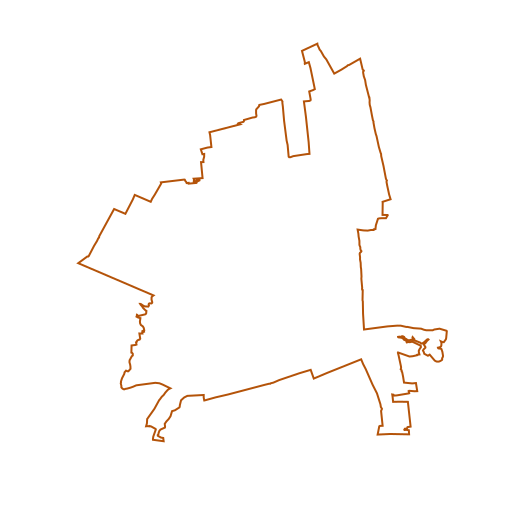 Brebeni, Olt, Romania, rotated 351°
{"feature_id": "2599482B35744106763327", "entity_name": "Brebeni", "entity_type": "district", "adm_level": 2, "iso_a3": "ROU", "parent_name": "Romania", "parent_adm1": "Olt", "projection": "natural_earth1", "projection_center": [24.489, 44.373], "detail": "fine", "context": "isolated", "style": "outline", "palette": "amber", "viewbox_px": 512, "rotation_deg": 351, "n_neighbors": 0, "source": "geoboundaries", "source_scale": "gbopen_adm2", "svg_char_len": 6133}
<svg xmlns="http://www.w3.org/2000/svg" viewBox="0 0 512 512"><g transform="rotate(351 256 256)"><path d="M351.1,443.5L348.2,451.4L360.8,452.8L379.3,456.1L379.7,452.0L377.3,451.2L375.5,451.1L375.3,450.8L376.0,449.9L377.2,450.0L378.2,449.8L378.9,448.7L382.0,448.7L383.2,423.8L375.1,422.4L368.6,421.5L368.9,416.5L368.9,414.1L370.1,414.5L370.7,415.5L373.2,415.7L385.6,415.6L385.9,415.5L385.9,415.3L385.6,413.3L386.2,413.1L391.5,414.4L394.1,414.7L394.1,406.5L390.4,406.3L382.4,404.2L382.4,398.3L382.2,393.5L381.8,392.9L382.0,391.7L381.2,390.5L381.8,389.3L381.9,387.8L381.3,376.6L381.0,373.8L381.2,373.5L391.9,379.3L395.1,379.5L399.6,379.2L399.6,378.8L399.9,378.7L402.0,378.8L401.8,376.5L401.9,375.2L402.7,373.9L404.6,371.9L404.7,370.9L404.6,370.4L403.3,369.4L397.3,365.3L396.3,365.1L394.5,365.2L392.5,364.7L391.5,365.0L391.3,364.6L391.7,364.0L390.3,362.6L389.1,361.9L388.6,360.8L387.0,359.5L383.9,358.6L383.7,358.4L383.7,358.1L385.0,358.1L387.5,358.7L387.7,358.1L388.4,358.2L388.5,358.9L389.6,359.1L390.3,360.8L391.7,361.7L392.2,362.6L394.1,363.2L396.3,363.0L397.2,363.3L397.9,362.7L397.8,360.9L398.0,360.6L399.3,362.8L398.7,363.4L398.6,363.7L404.7,367.3L405.4,368.2L405.8,368.4L406.7,368.3L408.5,367.5L411.8,365.3L412.5,365.1L413.1,365.2L413.3,365.5L411.8,366.4L409.6,368.6L407.8,369.4L409.1,372.5L408.9,373.1L406.9,374.5L406.1,375.5L406.7,377.2L406.9,378.9L410.2,381.4L412.1,380.6L416.2,387.3L417.8,388.5L420.1,388.9L421.8,388.5L423.5,387.7L423.7,387.3L423.8,386.2L424.8,384.8L425.1,384.0L425.1,379.9L424.6,376.9L424.1,376.5L421.7,375.8L421.5,375.6L421.4,375.0L423.3,374.9L424.7,374.1L425.1,373.2L425.5,371.3L425.5,370.4L425.2,369.2L426.7,370.2L428.0,370.5L430.5,368.0L431.0,366.8L432.7,360.1L432.4,359.6L425.9,356.5L420.6,356.5L418.9,357.0L412.6,356.0L410.3,355.1L407.7,353.6L400.3,351.9L394.4,349.7L393.4,349.6L387.9,347.4L384.8,346.9L374.8,346.1L351.2,345.5L352.7,329.8L354.4,317.6L354.3,316.3L356.1,306.3L355.6,305.9L355.6,305.1L355.9,303.9L356.5,294.9L357.0,292.8L357.8,285.4L357.8,283.3L358.3,279.1L358.2,275.7L358.6,273.4L358.7,270.1L359.2,269.1L360.5,268.3L360.9,267.7L360.4,266.8L360.2,266.0L360.2,264.8L360.4,263.6L360.0,262.0L359.9,261.2L360.5,257.2L360.4,252.8L360.6,249.9L360.5,245.8L366.0,247.5L370.3,248.4L373.5,248.3L376.2,248.7L376.3,248.2L376.7,248.0L378.2,248.1L379.2,244.4L382.3,238.3L383.6,238.1L385.8,238.3L390.3,239.0L392.5,236.3L392.4,236.1L387.4,235.2L389.4,223.7L389.5,222.3L397.8,221.0L397.1,216.0L396.6,207.1L396.5,203.5L396.6,202.8L397.1,201.9L396.6,200.8L396.4,199.7L396.0,186.9L395.3,177.0L395.5,174.7L395.2,173.6L394.4,167.5L393.8,156.5L393.4,154.2L393.0,148.2L392.9,142.5L393.1,141.6L392.7,140.1L392.5,135.3L392.3,126.9L392.1,125.6L392.0,124.3L392.2,121.9L392.6,120.2L392.8,117.0L392.7,116.7L392.5,116.8L391.3,104.1L391.3,99.2L390.6,95.5L390.5,92.0L390.6,90.8L391.5,89.9L391.5,89.7L390.7,88.8L390.5,88.3L389.7,77.4L377.8,81.9L376.4,82.0L375.6,82.7L369.5,85.3L361.8,88.1L356.2,72.8L354.3,69.6L352.1,63.7L351.1,62.1L350.7,60.3L349.8,57.4L349.8,55.9L333.5,60.6L334.5,71.0L334.6,72.8L334.3,73.2L334.3,73.8L338.5,72.8L339.2,78.9L340.2,100.4L338.1,101.1L334.3,101.8L334.5,109.9L334.2,110.8L332.9,111.2L327.5,110.8L327.1,126.2L325.8,151.9L324.8,163.5L322.2,163.3L308.4,163.2L305.5,163.8L304.2,163.6L303.8,163.0L304.6,151.2L304.3,146.9L304.9,126.8L305.9,112.6L306.0,108.9L306.3,107.5L305.3,105.4L287.8,107.1L283.0,107.3L282.7,107.5L282.6,108.2L282.3,108.7L279.2,111.2L278.9,112.0L278.4,115.2L278.4,117.6L278.0,118.4L276.5,118.8L274.2,118.7L265.4,119.8L265.3,120.7L264.6,121.5L259.3,122.1L259.0,122.4L260.7,123.5L229.4,126.5L229.6,129.4L229.0,141.4L225.0,141.3L218.2,142.0L219.0,147.1L220.8,147.1L220.3,149.9L219.0,152.8L218.8,155.0L216.4,154.7L215.4,170.7L206.5,169.9L206.8,171.1L206.4,171.9L206.2,172.7L207.0,173.2L209.3,171.9L211.7,171.5L212.1,171.9L212.0,172.5L209.4,173.3L208.6,174.5L200.8,174.0L200.9,173.2L198.9,173.1L198.6,171.9L197.9,170.8L197.6,169.5L197.2,169.3L173.6,168.4L173.8,169.3L173.3,170.1L165.6,179.6L162.3,183.3L160.5,186.0L145.8,176.7L143.1,181.0L133.6,193.9L123.2,187.4L104.2,212.0L103.9,213.2L103.0,213.8L101.4,216.2L97.6,220.7L90.8,229.9L90.1,230.3L89.3,230.1L79.3,235.3L148.6,278.9L147.4,279.5L146.4,280.4L146.0,282.8L146.3,285.4L146.1,286.0L145.4,286.5L143.5,286.1L142.8,286.3L142.4,286.9L142.5,288.2L141.7,289.1L138.4,288.4L137.1,287.6L134.6,285.3L134.1,285.2L134.5,286.2L135.7,288.0L136.2,289.4L137.8,291.7L139.2,293.2L138.9,293.8L138.7,295.1L138.3,295.8L137.5,296.3L132.1,296.7L130.0,296.7L129.4,295.5L129.2,295.4L128.9,296.6L128.5,297.2L129.9,298.3L132.1,299.3L131.1,302.5L131.0,304.4L131.5,306.1L133.3,307.9L133.9,309.6L134.0,311.8L132.1,312.4L132.2,313.0L133.6,312.8L133.6,313.3L131.7,313.6L131.7,314.8L128.7,314.3L128.7,319.6L127.9,320.4L126.8,320.4L125.6,320.9L124.8,321.7L124.8,322.1L124.0,322.5L124.1,324.8L123.1,325.0L119.1,324.9L117.8,331.9L118.4,332.2L119.0,333.3L118.8,334.5L118.7,335.0L117.6,335.6L115.8,338.0L114.9,339.1L114.6,340.1L114.4,341.3L114.7,343.5L114.7,345.4L114.4,347.8L111.9,349.9L111.4,349.9L109.7,348.9L108.0,350.3L107.4,351.9L104.6,355.7L103.0,358.8L102.9,359.8L102.5,360.5L102.7,363.1L102.5,364.8L103.4,366.1L104.4,366.9L105.2,367.1L106.1,366.8L107.9,366.8L111.4,366.4L114.1,365.9L117.5,365.0L136.7,365.5L140.7,366.6L143.7,368.4L150.7,373.3L149.1,373.8L147.8,374.5L145.1,376.7L143.1,378.8L140.9,380.3L138.4,382.8L137.9,383.1L131.7,391.1L123.0,400.0L122.1,404.2L120.8,407.0L122.3,407.1L124.2,407.6L124.3,407.3L125.7,407.9L129.8,411.1L129.9,411.7L126.3,418.3L125.6,420.5L125.5,421.4L135.8,424.5L135.9,421.2L133.8,420.5L130.9,418.2L130.9,417.5L131.7,416.8L132.1,415.6L133.2,413.6L134.5,412.5L139.2,411.2L139.5,410.2L139.6,407.5L141.6,405.4L144.3,403.3L146.5,400.9L148.8,396.1L151.8,395.7L156.6,393.6L157.0,393.1L157.5,391.3L159.4,386.8L162.9,384.5L166.3,383.4L182.6,385.1L182.2,387.6L182.3,390.6L182.6,390.6L194.0,389.3L206.8,388.4L244.4,384.6L249.1,384.2L250.1,384.4L250.7,384.0L253.3,383.8L259.4,382.2L280.4,378.6L292.2,377.0L293.9,386.1L308.0,382.6L343.7,374.5L344.9,379.5L346.7,384.9L351.0,401.3L354.0,410.6L355.7,421.9L355.7,424.6L356.5,426.7L355.3,428.6L354.5,443.5L351.9,443.2L351.1,443.5Z" fill="none" stroke="#b45309" stroke-width="2"/></g></svg>